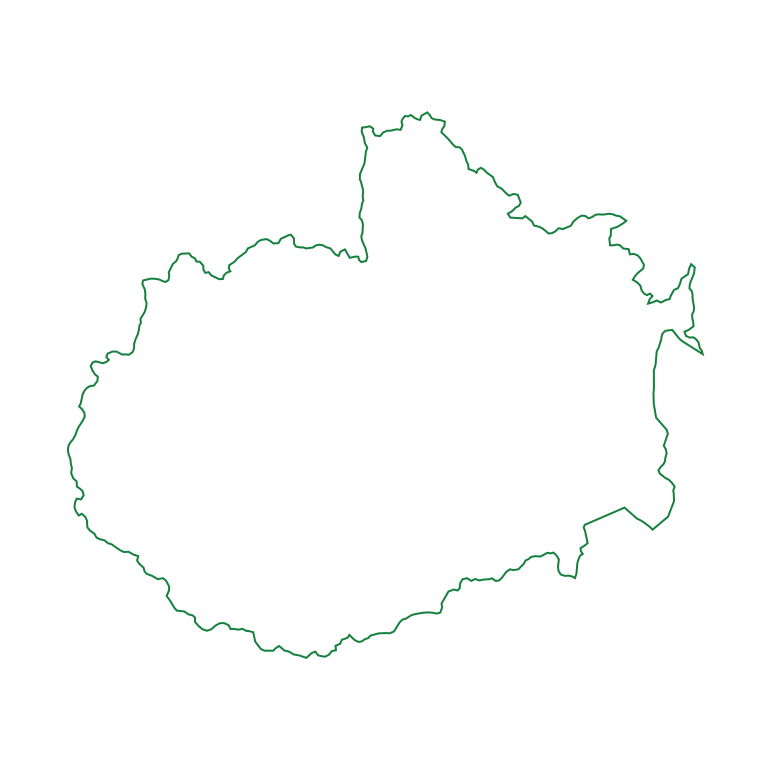 outline of Itamaraju, Bahia, Brazil, rotated 356°
{"feature_id": "56859067B67912929740890", "entity_name": "Itamaraju", "entity_type": "district", "adm_level": 2, "iso_a3": "BRA", "parent_name": "Brazil", "parent_adm1": "Bahia", "projection": "albers", "projection_center": [-39.741, -16.985], "detail": "fine", "context": "isolated", "style": "outline", "palette": "green", "viewbox_px": 768, "rotation_deg": 356, "n_neighbors": 0, "source": "geoboundaries", "source_scale": "gbopen_adm2", "svg_char_len": 6114}
<svg xmlns="http://www.w3.org/2000/svg" viewBox="0 0 768 768"><g transform="rotate(356 384 384)"><path d="M380.1,126.6L379.3,130.8L381.1,136.4L381.7,142.5L383.8,146.9L382.2,151.1L379.8,162.9L374.7,172.8L374.2,178.0L375.2,181.1L376.7,189.3L375.8,195.9L376.2,199.5L374.6,202.6L373.7,207.1L371.8,211.6L371.1,216.1L373.4,219.2L374.1,223.3L373.1,231.6L371.7,235.0L372.0,238.9L375.1,247.8L376.3,255.8L374.8,260.0L370.0,260.8L367.8,258.6L367.2,255.2L364.3,254.9L358.6,255.7L354.4,247.0L349.7,249.0L347.7,253.1L344.6,251.4L339.9,244.9L336.1,243.6L332.9,241.5L329.2,240.5L325.5,241.1L322.5,242.9L315.9,243.3L312.9,242.1L309.8,241.9L305.8,240.8L304.1,238.0L304.3,232.5L301.4,228.5L298.3,229.2L291.2,232.0L288.5,236.1L283.4,236.1L280.4,233.3L277.1,231.3L273.4,231.5L270.4,232.1L267.8,233.6L264.7,236.7L257.7,239.2L255.5,242.7L246.9,248.2L243.7,251.4L237.8,254.8L237.3,258.2L238.6,260.9L234.7,262.0L231.7,264.7L230.6,268.0L226.8,267.9L222.8,265.6L219.3,263.6L216.9,260.2L213.5,260.7L211.9,257.5L211.9,253.3L208.8,249.2L205.5,248.8L204.2,245.5L200.9,243.5L198.7,240.1L191.3,239.9L188.2,241.1L187.0,244.1L185.4,246.8L181.7,249.6L177.1,257.5L177.3,261.3L176.2,265.4L173.2,267.0L170.2,265.8L167.4,264.2L163.3,263.1L158.7,262.6L150.9,263.9L149.9,267.2L152.2,273.9L152.2,278.2L151.7,282.2L152.8,286.6L152.0,291.1L150.1,295.7L145.6,302.1L145.8,306.1L144.1,308.6L143.3,312.9L141.9,317.1L139.4,321.8L137.5,326.6L137.2,331.1L135.4,334.7L131.6,337.0L128.1,336.4L124.9,336.4L119.5,333.0L115.4,332.7L110.4,334.4L108.9,337.7L111.2,340.7L108.6,342.6L105.1,343.7L98.0,341.3L94.7,342.3L92.7,345.7L94.0,349.9L96.2,354.0L99.0,356.7L98.4,360.8L94.6,365.3L90.2,365.7L87.3,367.2L85.0,369.5L82.7,373.1L80.2,382.0L78.3,385.2L80.8,387.7L83.1,391.8L83.2,395.5L81.2,399.2L76.7,405.1L74.5,408.8L72.5,413.6L69.7,417.7L66.8,420.7L65.0,423.6L64.0,427.9L64.5,432.1L65.9,436.7L66.1,442.1L66.8,446.1L65.7,451.1L67.4,456.4L70.6,459.8L70.5,464.9L73.3,467.1L76.0,470.1L76.6,474.1L73.7,478.0L69.4,476.9L67.7,480.3L66.6,485.1L67.7,489.4L70.3,493.9L73.5,492.4L76.7,495.7L78.1,499.4L78.1,506.3L80.3,509.6L84.6,513.1L86.6,517.3L90.0,519.1L94.4,520.5L97.7,523.7L101.0,524.8L109.0,531.3L112.9,533.5L117.3,533.5L122.9,537.1L126.8,538.4L125.4,542.8L127.3,546.3L131.3,550.4L132.2,554.6L134.1,556.8L140.0,559.6L144.6,562.9L150.1,562.3L153.1,565.4L155.5,571.0L155.3,574.6L152.4,580.3L155.9,585.9L159.2,592.6L161.7,595.7L168.9,597.0L172.8,600.1L177.2,601.6L179.2,603.9L178.8,608.0L181.7,611.9L185.5,615.8L190.2,617.8L194.6,616.6L199.0,613.3L203.4,611.2L207.9,611.4L212.1,613.7L213.9,617.8L217.5,617.9L221.5,618.9L225.8,618.4L229.5,620.7L232.5,621.2L236.2,622.5L237.6,632.0L242.7,639.8L246.2,641.7L255.1,642.3L257.4,640.1L261.0,638.0L266.1,642.9L270.9,644.5L275.1,647.5L281.0,649.0L287.4,651.8L293.2,647.3L297.0,646.2L299.2,650.0L302.9,651.2L306.2,651.9L310.1,650.3L313.2,646.9L317.5,646.2L317.4,641.8L322.1,640.1L324.2,636.2L329.7,634.7L331.9,631.9L336.9,637.4L340.6,639.5L343.5,639.3L347.3,637.2L350.8,636.3L352.7,634.1L361.1,632.4L368.6,632.6L372.4,633.1L376.8,631.5L382.7,623.2L385.7,620.4L389.8,619.5L394.6,616.8L398.7,615.7L407.3,614.9L411.7,614.9L416.4,615.5L420.6,616.7L424.2,615.9L426.4,611.0L426.1,607.0L433.8,595.5L439.4,593.9L443.0,595.1L445.2,593.2L446.1,588.0L448.8,584.2L453.3,583.5L457.4,586.5L461.3,584.9L465.5,586.6L469.9,586.0L475.1,586.1L478.2,585.4L481.7,588.3L485.1,588.0L488.1,585.5L492.8,580.0L496.7,577.7L500.4,578.7L505.1,578.2L510.9,573.1L512.8,570.0L516.1,568.7L518.5,566.8L522.6,566.3L528.2,567.0L535.1,563.8L538.4,564.6L541.3,564.0L544.0,566.9L546.2,571.2L544.8,578.6L545.1,582.9L547.1,586.4L551.0,588.0L554.5,588.0L557.8,588.9L561.0,590.9L562.8,586.3L564.4,576.2L566.2,571.5L567.7,568.9L570.4,567.4L568.7,564.5L568.7,561.4L573.1,559.1L576.0,557.0L574.4,545.0L573.2,541.2L574.4,538.5L615.3,524.1L627.2,536.1L630.5,537.9L633.3,540.0L638.8,544.7L641.8,548.0L658.2,536.1L665.2,520.9L665.4,514.0L665.1,510.5L666.8,506.6L664.0,502.3L661.6,499.5L658.1,497.4L652.9,492.6L651.7,489.2L654.8,485.5L657.0,483.8L658.7,481.1L659.8,476.4L661.1,473.0L660.6,468.9L658.8,465.1L663.7,453.3L662.7,449.2L653.1,436.6L651.7,422.3L652.2,411.7L653.0,406.9L654.1,389.4L656.3,383.5L658.3,370.6L660.4,367.1L663.5,359.4L664.2,356.2L665.3,353.2L668.3,350.6L675.3,350.1L681.9,359.6L684.9,362.4L704.0,376.4L703.3,372.8L701.5,370.1L700.7,364.6L698.5,361.2L696.0,359.1L691.9,358.9L688.5,357.0L687.4,352.8L691.7,351.3L696.8,348.0L696.8,343.7L696.1,339.8L696.2,336.1L698.0,333.1L698.7,329.6L697.8,320.4L698.0,316.5L697.7,313.1L695.4,310.1L695.8,306.8L696.9,303.6L701.0,295.4L702.1,289.4L698.8,285.9L696.3,290.5L695.0,295.6L688.0,299.8L686.3,304.6L683.9,309.0L679.9,310.3L676.1,316.2L674.9,319.2L670.9,319.9L666.0,322.0L661.8,319.7L658.3,321.1L653.1,322.2L655.0,317.8L657.9,315.0L655.7,312.4L652.5,313.7L649.7,311.9L647.5,308.5L646.6,303.7L643.2,299.9L639.4,297.4L641.7,294.2L644.9,291.0L650.7,286.8L651.6,283.1L648.4,276.4L646.0,273.4L642.3,271.6L638.3,271.8L637.5,266.6L632.1,265.5L628.9,261.9L626.0,261.2L622.4,261.7L619.2,261.4L618.9,254.5L620.6,251.9L621.2,245.2L627.8,243.5L633.8,240.4L637.1,238.1L631.1,233.2L627.2,232.2L624.2,230.7L620.6,229.9L613.7,230.3L610.9,229.8L606.8,229.9L603.0,232.1L599.4,233.0L596.7,230.5L593.0,229.8L588.9,231.7L584.3,235.2L581.4,239.2L573.4,241.9L569.0,240.8L565.9,243.5L562.1,245.3L558.7,245.3L553.0,239.9L549.7,238.0L544.7,236.4L543.0,232.1L536.7,226.4L533.5,228.4L521.6,226.8L519.4,222.8L524.1,220.4L527.4,217.4L530.9,215.8L533.1,212.7L530.6,204.5L526.5,203.5L522.0,204.9L519.6,202.8L515.0,197.4L510.7,194.6L508.7,190.2L507.1,185.2L501.3,180.3L498.6,177.1L495.8,175.1L492.7,176.6L491.0,179.7L488.7,177.7L483.3,175.4L483.3,171.2L481.8,167.4L480.7,162.1L478.0,155.3L475.8,153.1L472.2,152.7L470.0,150.6L464.6,143.3L458.8,136.9L459.7,134.0L462.3,130.8L463.0,126.5L458.5,124.6L452.8,123.6L450.0,122.1L448.4,118.9L446.1,116.1L440.1,118.9L438.5,123.0L435.7,122.3L432.9,120.5L429.6,117.5L426.8,118.7L423.5,118.2L421.1,120.8L419.7,123.4L420.5,127.4L418.2,131.6L414.4,130.8L408.0,131.8L405.1,131.5L400.7,133.0L397.4,136.4L392.6,135.5L390.5,131.5L391.1,128.5L387.7,125.9L383.4,126.6L380.1,126.6Z" fill="none" stroke="#15803d" stroke-width="2"/></g></svg>